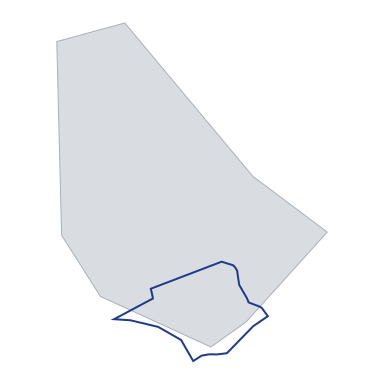 Christ Church on a map of Barbados (Albers equal-area conic projection)
{"feature_id": "BRB-1989", "entity_name": "Christ Church", "entity_type": "Parish", "adm_level": 1, "iso_a3": "BRB", "parent_name": "Barbados", "parent_adm1": "", "projection": "albers", "projection_center": [-59.519, 13.09], "detail": "fine", "context": "in_parent", "style": "outline", "palette": "blue", "viewbox_px": 384, "rotation_deg": 0, "n_neighbors": 0, "source": "natural_earth", "source_scale": "10m", "svg_char_len": 641}
<svg xmlns="http://www.w3.org/2000/svg" viewBox="0 0 384 384"><path d="M246.1,321.9L210.8,347.0L100.4,296.4L61.6,235.2L56.8,41.5L124.8,23.0L252.8,176.3L327.2,232.1L246.1,321.9Z" fill="#d9dde1" stroke="#a8b0b8" stroke-width="1"/><path d="M267.8,316.2L253.2,326.2L226.9,353.2L217.2,354.4L209.3,354.3L201.7,355.6L193.2,361.0L181.1,340.0L158.2,326.9L130.5,320.3L114.0,319.2L152.3,298.8L152.8,298.7L152.7,297.0L150.8,288.7L221.6,261.7L233.2,265.3L235.0,267.2L237.1,270.6L239.1,284.4L239.5,285.4L246.7,297.8L248.3,301.4L248.3,301.9L249.4,302.8L251.5,303.5L258.6,306.2L261.7,307.8L267.8,316.2Z" fill="none" stroke="#1e3a8a" stroke-width="2"/></svg>